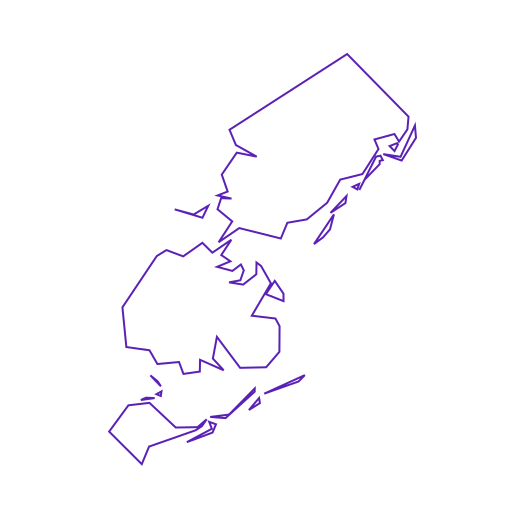 Marovo, Western, Solomon Islands, rotated 75°
{"feature_id": "97153195B98406832943487", "entity_name": "Marovo", "entity_type": "district", "adm_level": 2, "iso_a3": "SLB", "parent_name": "Solomon Islands", "parent_adm1": "Western", "projection": "robinson", "projection_center": [157.974, -8.525], "detail": "medium", "context": "isolated", "style": "outline", "palette": "violet", "viewbox_px": 512, "rotation_deg": 75, "n_neighbors": 0, "source": "geoboundaries", "source_scale": "gbopen_adm2", "svg_char_len": 1954}
<svg xmlns="http://www.w3.org/2000/svg" viewBox="0 0 512 512"><g transform="rotate(75 256 256)"><path d="M84.5,115.7L127.2,248.9L143.6,246.7L160.2,229.6L151.2,247.8L168.5,268.0L186.4,266.7L187.6,277.4L194.2,264.8L191.1,274.7L200.9,281.1L216.4,270.0L233.0,288.5L224.7,265.0L245.5,227.5L232.0,217.1L233.8,197.5L223.0,173.5L204.0,154.9L204.4,132.0L184.4,110.0L174.1,111.4L174.0,90.7L182.5,88.2L172.9,77.0L160.9,72.6L84.5,115.7ZM366.1,275.0L354.6,258.2L329.9,251.4L321.4,253.4L312.6,275.5L286.2,248.7L266.9,253.7L262.4,257.2L273.7,260.4L280.3,275.8L274.5,288.8L275.4,277.4L266.7,271.5L260.3,272.8L264.3,282.7L256.4,296.4L254.5,282.1L246.1,289.3L233.9,275.6L241.5,297.3L229.4,304.4L237.5,326.4L227.1,341.0L230.4,351.9L271.0,398.3L310.4,404.8L319.5,383.3L334.8,379.2L338.5,357.8L351.1,356.6L353.1,340.2L341.8,336.9L358.0,316.8L343.9,324.2L324.0,314.7L359.9,300.3L366.1,275.0ZM427.5,420.2L412.4,408.6L408.7,359.3L406.3,352.2L401.0,346.0L406.2,356.8L400.9,377.9L370.3,396.9L367.2,417.9L387.6,443.3L427.5,420.2ZM201.5,90.6L183.3,70.9L171.1,68.7L197.6,90.7L190.5,106.7L201.5,90.6ZM306.7,241.1L299.5,239.2L284.9,244.3L295.4,256.4L306.7,241.1ZM191.1,114.3L219.0,139.1L210.6,131.6L199.3,112.8L196.1,111.9L196.2,108.7L191.3,109.8L191.1,114.3ZM417.9,371.0L415.3,343.7L408.2,338.2L404.1,344.1L411.5,343.4L417.9,371.0ZM205.2,297.8L195.1,289.1L199.8,305.5L189.9,322.5L205.2,297.8ZM404.7,327.4L386.7,292.4L383.6,291.5L402.2,323.1L399.6,341.9L404.7,327.4ZM391.1,283.7L388.2,247.3L383.7,239.7L391.1,283.7ZM259.5,196.9L255.4,186.5L249.4,177.6L236.0,170.0L259.5,196.9ZM344.0,388.9L357.3,381.6L351.7,383.4L344.0,388.9ZM233.6,172.9L228.0,155.9L221.5,153.1L233.6,172.9ZM365.3,404.5L367.0,390.7L364.4,398.9L365.3,404.5ZM190.5,95.0L184.9,90.0L183.5,90.5L184.4,98.5L190.5,95.0ZM214.2,144.8L217.9,140.9L213.0,137.7L214.2,144.8ZM363.7,387.9L366.6,384.2L362.3,382.3L363.7,387.9ZM402.9,302.7L399.1,290.3L394.0,289.8L402.9,302.7Z" fill="none" stroke="#5b21b6" stroke-width="2"/></g></svg>